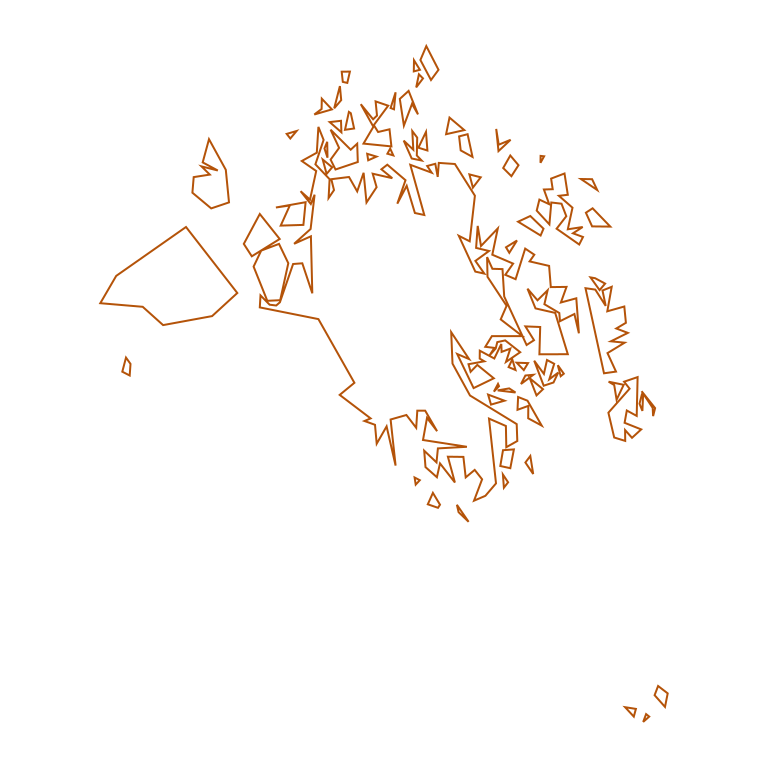 Cat Hai, Quảng Ninh, Vietnam
{"feature_id": "81297802B5756602808944", "entity_name": "Cat Hai", "entity_type": "district", "adm_level": 2, "iso_a3": "VNM", "parent_name": "Vietnam", "parent_adm1": "Quảng Ninh", "projection": "equal_earth", "projection_center": [107.044, 20.763], "detail": "fine", "context": "isolated", "style": "outline", "palette": "amber", "viewbox_px": 768, "rotation_deg": 0, "n_neighbors": 0, "source": "geoboundaries", "source_scale": "gbopen_adm2", "svg_char_len": 6163}
<svg xmlns="http://www.w3.org/2000/svg" viewBox="0 0 768 768"><path d="M318.4,126.9L316.8,152.7L301.8,161.0L316.2,171.0L310.0,199.6L300.6,191.2L310.8,204.0L314.6,194.7L310.6,229.0L294.1,243.8L310.9,236.3L312.3,293.3L302.3,263.3L293.1,264.0L279.9,302.3L276.2,305.5L269.6,304.7L260.5,295.4L259.8,307.4L318.4,319.1L354.4,382.8L339.7,394.9L370.6,418.4L364.5,421.0L375.0,424.8L376.7,443.7L386.6,426.4L395.6,465.6L390.6,419.5L406.4,415.0L416.2,427.8L417.3,410.7L425.2,410.7L437.1,431.2L427.0,417.9L423.0,440.0L466.9,446.8L437.9,448.4L436.5,462.4L424.2,450.7L425.5,467.1L436.9,477.2L440.0,463.4L454.9,482.5L447.9,456.7L463.4,456.9L465.7,477.4L474.7,469.9L482.1,479.3L474.0,500.7L485.4,495.8L496.0,483.4L489.0,418.6L505.9,426.0L506.3,447.2L517.3,441.0L516.7,424.1L470.0,395.5L452.5,363.6L451.2,332.2L469.1,359.1L457.2,354.0L473.6,388.1L493.8,378.3L477.3,364.9L470.6,371.8L468.5,364.2L484.3,361.3L479.7,358.6L479.8,350.7L494.3,358.5L501.3,344.0L501.6,351.9L510.3,348.6L506.0,361.9L520.2,352.2L505.2,340.4L497.3,342.1L495.7,348.5L489.5,355.4L494.4,347.9L485.3,346.8L491.9,336.1L522.3,336.1L500.7,319.4L506.6,305.8L487.5,276.8L487.1,257.1L492.4,268.8L502.5,269.1L504.2,296.5L526.6,345.0L534.0,340.2L525.4,326.4L540.2,327.0L539.4,354.3L567.8,354.2L555.2,312.9L535.5,308.4L527.5,288.7L537.5,300.3L547.6,290.3L544.4,304.2L559.3,313.0L560.0,321.2L574.4,314.0L578.9,333.3L576.3,298.3L560.9,302.5L566.5,286.9L550.8,287.1L549.1,265.9L529.6,261.4L534.3,254.7L525.2,248.6L515.6,279.2L505.3,274.8L513.1,263.6L492.3,254.7L497.8,228.4L481.0,246.0L477.7,225.9L476.1,247.9L489.0,251.0L475.4,260.9L484.3,273.6L475.3,271.6L458.8,235.8L469.7,241.3L474.9,195.7L454.9,164.0L438.8,162.9L437.7,176.9L435.3,163.8L427.2,166.0L431.7,172.7L410.3,164.8L424.3,215.0L414.9,213.0L406.7,185.8L397.3,203.7L405.5,180.2L387.3,164.7L381.4,169.3L392.3,178.2L372.7,173.7L376.6,187.2L366.5,202.5L363.6,172.8L357.2,191.4L349.0,177.0L331.3,179.2L334.0,190.1L328.6,198.0L329.6,179.2L315.4,164.3L323.6,139.9L318.4,126.9ZM100.3,303.2L142.7,306.8L163.1,325.1L212.1,316.1L237.3,293.0L186.0,227.0L116.2,275.9L100.3,303.2ZM611.7,286.8L602.5,290.5L605.7,305.9L595.3,289.6L585.5,288.2L604.0,373.3L616.0,371.6L607.5,353.1L624.6,342.7L610.9,341.3L627.8,332.9L616.3,328.5L625.9,322.8L624.3,306.5L607.3,311.3L611.7,286.8ZM225.8,169.8L209.0,139.2L202.7,162.4L217.8,170.5L201.5,166.4L209.8,174.6L193.7,177.1L192.4,192.7L211.2,208.4L229.0,202.4L225.8,169.8ZM288.3,263.2L279.0,243.9L261.2,250.6L253.6,266.6L267.3,300.8L280.2,300.2L288.3,263.2ZM637.6,377.1L624.1,381.7L629.6,388.7L608.4,412.7L614.2,437.5L625.2,440.9L625.1,430.1L632.0,437.8L641.2,429.4L624.6,422.8L626.8,410.5L636.7,415.9L637.6,377.1ZM564.5,173.5L551.1,178.6L552.7,189.2L543.9,189.5L549.2,204.2L539.4,199.6L536.7,210.6L549.4,224.4L551.3,202.5L561.5,203.7L566.3,216.2L556.6,228.7L579.2,244.5L583.0,237.0L573.0,233.3L582.7,227.0L567.8,229.3L572.5,207.7L558.9,195.8L567.8,194.8L564.5,173.5ZM279.7,239.0L259.8,214.0L243.8,243.9L251.8,256.3L279.7,239.0ZM388.2,105.7L375.6,101.4L377.0,115.6L373.1,119.3L360.8,104.2L373.4,126.8L363.5,143.6L391.4,146.4L389.5,129.3L378.1,132.0L373.8,125.1L388.2,105.7ZM330.6,129.7L339.1,147.9L330.6,159.6L335.5,169.5L357.8,162.0L357.2,143.7L350.7,149.7L330.6,129.7ZM305.6,202.2L275.9,207.5L289.8,205.5L280.7,225.6L303.4,224.9L305.6,202.2ZM534.2,360.7L543.7,385.7L553.5,382.5L558.2,372.6L549.3,379.3L554.2,363.8L547.0,360.0L543.9,373.9L534.2,360.7ZM408.6,90.9L399.8,98.9L403.9,125.6L412.0,103.9L418.0,114.4L408.6,90.9ZM438.5,69.8L426.3,46.1L420.4,60.0L431.0,80.0L438.5,69.8ZM530.3,216.0L518.1,221.7L540.6,235.5L543.5,228.7L530.3,216.0ZM417.2,137.6L412.3,131.1L413.3,149.7L403.7,140.6L411.7,158.5L421.6,160.5L416.8,155.5L417.2,137.6ZM467.6,134.2L459.1,136.4L460.7,150.4L472.5,156.9L467.6,134.2ZM610.3,226.6L592.6,208.3L585.9,212.7L592.1,226.4L610.3,226.6ZM518.1,397.0L517.5,409.8L528.3,405.9L528.2,418.3L541.7,425.6L527.5,400.7L518.1,397.0ZM464.3,130.1L449.5,117.6L446.1,134.2L464.3,130.1ZM498.7,144.7L496.2,128.9L498.5,151.1L510.6,139.8L498.7,144.7ZM510.3,155.5L503.2,168.0L511.4,176.2L518.5,165.2L510.3,155.5ZM334.2,108.3L341.2,100.1L339.9,86.1L334.2,108.3ZM667.7,693.4L658.1,686.0L654.6,695.2L665.0,706.9L667.7,693.4ZM513.9,449.4L503.0,450.2L500.3,466.0L510.3,468.2L513.9,449.4ZM432.9,492.9L427.8,504.3L438.0,507.8L440.0,504.7L432.9,492.9ZM536.5,395.4L543.0,389.2L529.8,378.3L536.5,395.4ZM321.8,98.7L321.6,109.0L314.3,114.5L331.9,109.4L321.8,98.7ZM472.9,187.6L480.7,177.3L469.4,174.4L472.9,187.6ZM129.7,375.5L130.5,363.9L126.0,357.6L122.3,371.7L129.7,375.5ZM504.5,400.7L488.1,394.6L491.0,404.6L504.5,400.7ZM623.7,384.8L608.6,381.7L614.2,385.0L616.6,399.7L623.7,384.8ZM332.2,167.3L322.7,159.5L326.6,173.9L332.2,167.3ZM427.4,150.5L426.0,131.9L418.4,147.7L427.4,150.5ZM655.1,408.1L641.6,391.2L652.7,407.9L653.1,416.1L655.1,408.1ZM509.3,252.8L517.0,240.5L506.0,247.3L509.3,252.8ZM605.1,283.6L595.1,278.2L590.5,277.4L599.6,290.1L605.1,283.6ZM349.9,71.6L341.7,71.7L342.8,81.9L347.3,82.9L349.9,71.6ZM354.1,128.5L350.8,113.2L348.9,111.9L345.0,129.8L354.1,128.5ZM592.1,179.2L580.9,179.0L597.2,190.0L592.1,179.2ZM642.4,410.9L643.1,394.7L641.9,394.4L639.5,403.7L642.4,410.9ZM509.2,388.4L497.7,390.4L515.5,392.5L509.2,388.4ZM528.0,363.1L516.7,362.7L523.8,370.1L528.0,363.1ZM563.8,373.7L557.8,365.2L560.7,376.2L563.8,373.7ZM419.9,69.8L414.0,60.3L413.8,71.4L419.9,69.8ZM327.5,157.7L327.2,141.8L324.5,148.5L327.5,157.7ZM525.4,375.5L521.0,384.0L533.3,374.8L525.4,375.5ZM468.6,521.8L456.9,504.8L458.6,512.2L468.6,521.8ZM394.0,109.3L395.6,92.3L390.6,108.0L394.0,109.3ZM533.2,474.0L530.3,456.0L525.4,462.5L533.2,474.0ZM416.2,87.4L423.0,78.4L418.9,74.3L416.2,87.4ZM376.5,156.6L367.2,153.8L368.2,160.3L376.5,156.6ZM341.4,132.3L341.0,120.8L329.7,122.1L341.4,132.3ZM296.6,131.0L286.7,133.9L290.3,138.5L296.6,131.0ZM635.9,708.9L625.1,707.2L633.8,716.6L635.9,708.9ZM643.2,721.9L649.2,716.6L646.1,714.1L643.2,721.9ZM387.4,153.7L393.3,155.4L390.2,148.6L387.4,153.7ZM498.0,383.9L493.9,391.6L499.0,386.2L498.0,383.9ZM515.5,370.0L512.3,359.4L508.6,367.1L515.5,370.0ZM508.1,482.3L502.9,474.5L503.9,487.7L508.1,482.3ZM540.6,155.9L540.5,162.8L544.1,156.3L540.6,155.9ZM415.7,484.6L419.8,480.2L414.6,477.5L415.7,484.6Z" fill="none" stroke="#b45309" stroke-width="2"/></svg>